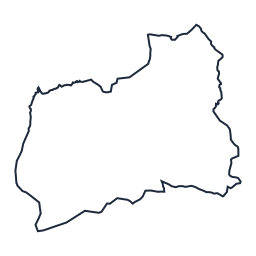 Faskari, Katsina, Nigeria
{"feature_id": "59680162B51925471610757", "entity_name": "Faskari", "entity_type": "district", "adm_level": 2, "iso_a3": "NGA", "parent_name": "Nigeria", "parent_adm1": "Katsina", "projection": "albers", "projection_center": [7.102, 11.712], "detail": "fine", "context": "isolated", "style": "outline", "palette": "slate", "viewbox_px": 256, "rotation_deg": 0, "n_neighbors": 0, "source": "geoboundaries", "source_scale": "gbopen_adm2", "svg_char_len": 3678}
<svg xmlns="http://www.w3.org/2000/svg" viewBox="0 0 256 256"><path d="M132.7,203.6L134.8,202.0L140.1,199.3L142.8,196.4L145.4,190.7L150.8,190.5L158.0,191.8L160.8,191.6L164.3,191.7L163.9,188.0L163.0,186.2L162.8,183.8L161.7,181.2L168.9,184.4L171.6,186.2L175.8,187.2L178.8,186.2L181.0,186.1L183.0,186.2L184.9,186.8L186.5,186.7L189.9,186.1L191.5,185.8L195.1,187.0L197.0,187.8L198.6,188.9L200.6,189.6L201.7,190.0L203.9,190.9L206.3,192.1L208.3,192.1L211.1,192.4L212.6,193.0L214.1,193.6L217.4,193.2L221.7,195.7L222.9,196.4L223.5,196.0L226.9,192.0L227.7,186.7L230.6,188.2L232.0,187.5L236.5,183.7L240.1,183.2L240.6,181.6L238.3,178.2L236.7,177.5L234.2,177.2L232.0,176.8L229.7,175.5L229.1,174.1L229.3,171.1L231.4,163.1L231.0,159.5L232.5,158.3L238.4,155.8L238.3,148.5L237.7,146.7L235.2,145.1L233.6,143.4L230.8,139.6L230.8,137.4L230.5,134.0L229.8,129.2L226.9,125.2L225.1,124.2L222.2,122.1L220.0,120.8L213.4,111.4L213.5,110.7L213.5,109.1L214.9,108.0L215.9,106.4L216.0,103.7L217.2,104.1L217.6,104.4L218.0,104.1L218.5,103.7L218.7,103.1L218.4,102.8L218.0,102.2L218.1,101.7L218.5,100.7L219.9,100.0L221.0,99.4L221.5,98.8L221.8,98.1L221.5,94.8L221.3,92.2L220.4,90.4L220.3,88.2L219.3,87.4L219.1,86.4L219.6,84.8L221.0,84.1L220.7,82.6L219.6,81.6L219.1,80.5L218.0,79.4L217.7,78.4L219.1,73.8L218.9,72.2L218.8,71.3L218.1,70.9L217.9,70.8L217.4,70.0L217.4,69.3L217.2,67.3L218.0,64.4L218.0,63.3L218.4,60.8L221.1,58.6L221.6,58.1L221.8,57.8L222.6,57.0L222.6,55.1L222.2,54.4L220.3,53.1L216.0,50.0L214.7,48.8L214.3,48.0L214.3,47.2L213.3,46.6L211.9,45.2L211.0,43.9L211.0,42.8L211.2,41.6L209.9,40.3L209.1,39.6L208.6,39.1L205.2,34.3L204.4,33.3L202.6,32.2L201.6,31.1L200.8,28.5L199.1,26.4L196.3,24.8L191.4,30.0L187.1,33.7L182.8,34.0L177.4,36.0L177.7,36.8L174.9,39.8L171.8,39.7L170.8,38.3L171.1,36.9L170.7,36.8L167.0,35.6L161.9,35.1L158.9,35.8L150.1,34.3L147.9,34.7L149.6,46.0L150.7,48.9L150.3,52.7L150.3,56.0L149.8,59.3L148.7,61.9L148.3,63.8L129.5,77.3L117.6,78.7L117.4,79.3L116.5,82.9L115.3,83.3L114.1,83.9L112.0,84.8L110.8,91.6L109.2,91.8L108.5,92.2L106.1,92.3L103.6,91.8L102.8,91.4L101.5,88.7L101.1,87.7L100.4,86.5L98.8,85.4L97.9,84.6L93.1,81.7L91.2,79.6L82.7,81.9L80.4,81.7L80.0,81.3L79.7,80.9L79.5,81.1L79.3,81.4L79.1,81.8L78.7,81.8L77.7,82.1L77.6,81.5L77.3,81.2L76.7,81.1L76.4,81.2L76.0,81.6L76.1,81.9L75.9,82.1L75.3,82.2L75.1,82.5L74.3,82.6L73.1,83.1L73.0,82.9L72.8,82.6L72.6,82.9L72.2,84.0L71.1,85.4L70.6,85.4L70.3,85.0L69.9,85.1L68.4,84.9L66.6,84.8L66.1,85.1L64.9,85.2L63.3,85.7L63.0,86.1L61.6,86.7L60.7,85.7L59.8,85.7L59.5,85.0L59.0,85.2L58.9,85.8L58.4,86.3L58.2,87.1L57.4,87.9L56.4,88.1L56.0,88.7L55.4,88.8L54.4,88.9L53.2,89.3L52.7,90.0L51.5,90.0L50.6,90.2L50.2,90.5L49.1,91.1L48.9,91.8L47.7,92.8L46.6,92.8L45.4,93.5L44.4,93.4L43.9,93.6L43.1,93.8L42.0,93.5L41.2,92.3L40.5,91.3L40.0,90.4L39.5,89.4L38.9,88.2L38.5,87.4L38.0,88.0L37.8,88.5L37.6,89.7L37.9,90.1L38.3,90.7L38.1,91.2L38.4,91.6L38.5,92.0L38.0,92.4L37.7,92.3L37.1,92.5L36.2,92.6L35.6,92.7L35.5,93.0L35.8,93.6L35.7,93.8L35.3,94.6L34.6,95.6L34.1,96.4L33.5,96.6L33.5,97.2L33.7,98.0L32.7,100.2L31.8,102.8L31.1,105.0L29.4,106.3L29.7,107.8L30.9,109.2L30.8,111.1L30.1,112.7L30.8,117.1L30.3,121.7L30.3,124.3L30.1,125.8L28.6,128.6L28.8,131.1L27.3,134.4L25.6,138.2L23.2,143.8L21.7,151.0L19.5,155.6L16.8,160.9L15.4,170.8L15.6,172.9L16.4,182.8L16.5,182.8L17.5,185.7L22.4,191.0L26.4,192.5L31.0,196.0L37.1,200.8L38.4,201.9L39.2,202.5L39.4,204.1L39.9,208.2L40.2,209.9L40.4,211.5L40.7,213.5L39.5,216.3L38.8,218.1L37.6,220.5L35.5,224.9L37.9,231.2L43.4,230.4L48.7,228.6L51.2,227.7L66.5,222.5L84.9,210.8L89.7,211.5L98.8,212.8L101.5,211.8L107.0,203.5L109.9,203.7L117.2,198.2L127.6,199.8L130.0,201.1L132.7,203.6Z" fill="none" stroke="#1e293b" stroke-width="2"/></svg>